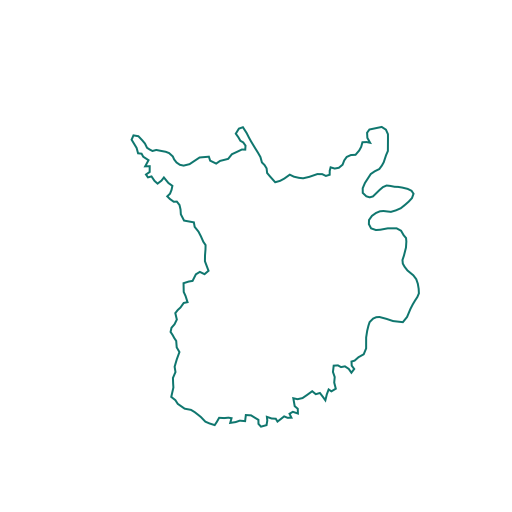 the district of Dois Vizinhos, Paraná, Brazil, rotated 26°
{"feature_id": "56859067B29703429785729", "entity_name": "Dois Vizinhos", "entity_type": "district", "adm_level": 2, "iso_a3": "BRA", "parent_name": "Brazil", "parent_adm1": "Paraná", "projection": "natural_earth1", "projection_center": [-53.086, -25.743], "detail": "fine", "context": "isolated", "style": "outline", "palette": "teal", "viewbox_px": 512, "rotation_deg": 26, "n_neighbors": 0, "source": "geoboundaries", "source_scale": "gbopen_adm2", "svg_char_len": 3599}
<svg xmlns="http://www.w3.org/2000/svg" viewBox="0 0 512 512"><g transform="rotate(26 256 256)"><path d="M93.0,201.3L93.2,206.0L101.3,211.2L105.0,215.4L108.3,214.2L111.1,216.2L117.4,217.0L117.1,224.0L121.1,221.9L123.6,227.1L121.4,231.0L124.4,232.7L127.2,230.3L131.9,233.0L135.8,234.1L138.0,229.7L138.8,225.8L145.3,228.8L150.1,229.6L151.1,233.6L151.4,237.7L150.1,241.3L153.6,242.5L158.3,243.3L161.0,241.8L164.9,243.7L167.8,247.3L170.2,251.5L175.8,255.7L180.8,254.3L185.4,253.0L188.1,256.7L193.6,259.3L197.9,262.5L202.4,266.3L205.9,268.3L207.7,272.2L209.9,277.8L212.4,283.1L219.8,290.1L217.7,294.9L212.5,294.9L210.0,298.8L209.9,306.2L206.8,308.4L202.8,312.2L206.8,320.0L210.3,322.9L214.7,327.5L211.6,329.9L210.7,335.4L209.4,338.7L208.5,342.7L212.7,347.8L212.7,353.1L211.5,357.5L212.5,361.7L215.6,363.5L218.7,365.7L221.5,367.3L224.8,372.9L229.3,375.9L230.1,383.6L231.4,391.2L234.5,395.6L234.8,402.0L237.4,406.9L239.4,410.4L241.6,419.8L246.7,420.9L250.5,423.2L258.8,424.5L265.0,422.8L269.3,423.2L274.1,424.2L277.1,424.9L283.1,427.1L287.5,426.9L293.0,426.1L293.5,422.3L293.8,417.6L298.5,415.6L302.1,413.4L305.1,412.5L306.0,417.3L310.5,414.2L313.6,411.1L318.6,409.2L316.6,403.4L321.4,401.4L326.4,401.9L330.0,402.2L331.8,405.8L335.3,407.2L339.6,403.4L338.3,399.0L336.3,395.8L341.3,395.2L345.1,393.6L347.9,395.4L349.7,391.8L351.6,387.8L355.3,387.6L358.7,385.8L355.3,383.1L357.4,379.9L362.7,379.2L360.5,375.0L356.6,374.0L351.9,367.5L356.1,366.5L360.1,363.3L362.7,358.7L365.8,352.9L370.3,354.0L373.5,351.1L377.9,353.3L381.6,355.3L380.3,349.3L379.8,344.1L383.1,344.6L385.9,340.3L381.8,335.5L379.8,330.3L376.0,326.5L373.9,320.5L377.6,318.4L381.1,318.6L384.3,316.2L388.8,316.8L392.9,319.1L393.8,314.5L390.1,312.6L388.1,309.0L390.5,306.8L392.5,302.0L395.9,297.1L395.5,290.8L390.7,280.9L388.7,274.4L387.6,269.3L387.1,265.6L388.7,260.9L390.9,258.3L393.7,256.7L400.9,255.3L407.7,254.4L417.0,251.1L418.5,244.6L418.0,235.8L418.1,230.8L418.5,226.0L419.0,222.2L418.8,218.2L416.6,214.2L413.6,210.0L410.2,206.6L405.9,204.4L398.4,202.6L394.2,200.5L391.3,198.5L389.4,195.4L388.8,190.8L387.1,182.7L384.8,177.1L383.0,174.1L379.6,172.6L375.3,169.7L370.2,169.5L362.4,173.3L356.2,177.9L352.4,180.1L347.3,180.7L343.5,177.9L341.8,174.1L342.6,169.1L345.0,164.7L347.8,161.5L350.8,159.7L357.9,157.2L361.7,153.7L365.2,149.6L367.7,144.3L369.4,140.2L370.8,135.6L370.3,131.0L367.2,129.2L362.9,129.2L357.4,130.4L353.4,131.6L350.3,133.0L345.8,134.2L342.5,135.4L339.9,138.4L338.2,142.3L335.0,151.2L332.5,153.4L329.0,154.0L324.3,152.5L322.2,148.3L321.9,142.6L323.2,132.0L325.6,127.8L328.7,123.8L329.5,119.5L329.7,115.8L328.7,108.3L328.5,103.8L323.0,92.3L321.2,88.7L317.4,85.5L312.4,84.9L302.5,92.6L301.8,96.5L304.3,101.0L308.9,104.2L305.5,105.1L301.8,107.1L302.7,111.8L302.5,116.0L301.1,121.4L297.0,123.7L294.1,127.2L293.4,131.4L293.8,136.0L291.8,140.4L288.4,142.9L284.2,143.6L284.9,147.1L286.6,150.7L283.7,153.4L279.6,153.4L275.2,155.5L269.2,161.5L264.3,165.5L260.4,166.9L255.3,168.1L250.7,168.1L247.5,174.0L244.7,177.9L240.9,181.3L233.6,178.3L229.6,176.5L227.1,172.6L223.8,170.5L220.3,169.3L216.6,165.1L212.5,162.3L207.7,159.3L201.2,155.1L197.8,152.7L193.7,149.6L187.8,146.0L184.8,149.0L184.2,154.9L187.9,156.9L191.5,159.3L194.7,159.5L198.2,161.4L199.7,165.1L196.6,166.5L193.6,170.3L189.7,175.1L188.4,180.9L185.7,183.2L182.0,186.3L179.7,190.4L173.0,190.4L170.1,187.4L162.1,192.2L156.0,202.6L151.3,206.5L147.6,207.4L143.6,206.8L140.1,205.1L137.6,203.0L132.8,201.6L129.2,201.9L123.7,203.4L119.9,204.4L116.9,207.0L113.6,206.9L110.6,206.5L106.9,203.6L103.1,201.9L97.8,199.9L93.0,201.3Z" fill="none" stroke="#0f766e" stroke-width="2"/></g></svg>